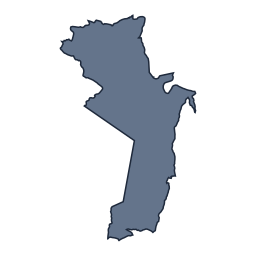 San Lorenzo Victoria, Oaxaca, Mexico
{"feature_id": "50627088B509896557261", "entity_name": "San Lorenzo Victoria", "entity_type": "district", "adm_level": 2, "iso_a3": "MEX", "parent_name": "Mexico", "parent_adm1": "Oaxaca", "projection": "natural_earth1", "projection_center": [-98.123, 17.625], "detail": "fine", "context": "isolated", "style": "filled", "palette": "slate", "viewbox_px": 256, "rotation_deg": 0, "n_neighbors": 0, "source": "geoboundaries", "source_scale": "gbopen_adm2", "svg_char_len": 5723}
<svg xmlns="http://www.w3.org/2000/svg" viewBox="0 0 256 256"><path d="M132.8,15.4L131.6,16.1L131.1,17.0L130.0,17.0L129.8,17.1L129.3,17.9L128.4,17.7L127.7,18.5L124.4,18.9L122.1,19.6L119.7,20.8L118.7,21.7L116.9,22.9L115.5,23.3L114.2,23.6L113.5,24.3L112.9,25.1L112.9,25.5L112.4,25.7L112.0,25.8L111.8,25.6L111.5,25.1L111.2,24.9L110.5,24.8L110.1,24.5L109.5,24.5L107.9,24.1L106.5,23.9L106.0,23.8L105.6,23.9L105.2,23.9L104.8,23.7L103.6,24.4L102.2,23.6L101.8,23.2L101.7,22.4L101.3,22.2L100.7,21.3L100.0,21.3L99.6,21.0L98.8,20.9L97.8,20.5L96.8,20.5L96.4,20.2L96.1,20.3L95.8,20.6L95.0,21.6L94.8,22.3L93.9,22.7L90.9,21.5L88.2,20.7L88.9,22.1L89.3,22.6L89.5,23.2L89.3,24.1L89.1,24.7L88.3,25.1L87.4,25.3L85.9,25.3L84.8,25.9L84.6,26.3L83.2,27.4L82.4,27.4L81.1,27.2L80.6,26.8L78.5,27.3L74.5,26.7L72.4,26.5L70.8,27.0L70.5,28.4L70.7,29.7L71.4,30.6L72.8,31.7L73.4,32.3L73.7,33.2L73.6,34.4L73.0,37.0L72.8,37.6L72.5,38.9L72.2,39.8L71.4,40.9L69.4,40.0L68.9,39.2L67.6,39.8L66.6,39.7L65.3,40.8L64.2,40.5L63.7,41.4L62.6,41.6L61.8,41.5L62.8,42.8L63.1,44.0L62.2,45.5L61.6,47.0L60.5,47.9L60.4,48.7L61.3,49.9L61.9,50.2L62.5,51.1L64.3,53.0L65.6,53.5L67.7,54.7L71.1,55.9L71.5,56.0L72.4,56.0L73.0,55.8L73.6,56.1L74.1,57.3L75.0,59.0L75.7,59.7L77.3,59.8L78.6,60.7L79.2,60.4L79.8,60.7L80.4,61.2L80.7,61.8L80.8,63.3L80.6,64.5L81.1,65.9L81.9,67.1L82.6,67.6L83.2,68.5L83.7,69.9L83.8,71.5L83.5,73.2L83.0,75.3L83.2,75.9L83.7,76.3L84.4,76.5L85.0,77.1L85.6,77.6L86.4,77.8L88.0,77.7L88.9,78.3L91.3,79.3L93.2,80.2L97.3,83.0L98.1,83.9L100.0,85.3L101.3,86.3L101.9,86.8L102.5,87.7L102.6,88.5L102.5,89.2L100.5,91.7L99.3,93.1L98.3,93.8L97.4,94.0L96.6,94.1L95.8,94.4L95.0,94.9L94.6,95.4L95.1,96.2L94.5,97.3L93.7,98.0L92.2,98.0L91.0,97.7L89.7,98.0L89.2,99.0L89.1,99.8L88.7,100.4L86.7,101.2L86.2,101.7L86.2,102.7L86.4,104.0L86.2,104.9L85.6,105.5L84.9,105.4L84.3,106.0L134.4,140.6L123.2,201.7L112.1,206.7L111.1,208.2L111.1,209.9L111.0,210.8L110.6,211.6L111.1,213.1L111.4,213.8L111.5,214.4L111.5,215.3L111.2,216.3L111.3,217.1L111.7,217.8L111.7,218.1L111.4,220.0L111.6,221.3L111.9,222.2L112.0,222.8L111.8,223.3L111.3,223.6L110.7,223.9L110.2,223.9L109.5,224.4L109.3,225.4L109.5,226.2L109.5,226.9L108.4,228.9L108.3,229.8L108.3,231.0L108.5,232.1L108.3,233.5L108.0,235.8L107.8,238.7L108.1,238.6L108.4,238.0L109.3,237.4L110.4,237.1L112.6,237.6L113.6,237.7L115.3,238.0L118.1,238.9L118.7,240.2L119.0,240.5L120.5,239.4L121.0,239.1L121.4,239.0L122.4,238.4L124.0,237.8L127.1,236.2L128.3,235.7L129.2,235.6L129.9,235.8L130.9,235.7L131.6,235.3L132.8,235.0L131.7,232.7L130.9,232.1L129.4,231.2L127.4,230.3L127.1,229.9L126.5,229.6L127.1,229.2L128.5,229.0L129.6,229.4L131.7,229.8L132.5,229.6L133.0,229.3L134.5,229.5L136.1,229.3L137.2,230.3L137.8,230.3L138.4,230.1L139.4,230.8L140.3,231.1L141.8,230.7L142.9,230.0L144.4,229.6L145.9,229.0L147.4,229.2L148.8,229.8L150.9,230.8L151.7,231.3L152.9,232.4L154.1,231.3L155.2,230.7L155.4,230.0L155.7,227.7L155.9,227.0L155.9,226.5L156.3,225.6L156.6,224.5L156.9,223.9L157.1,222.9L157.5,222.1L158.6,221.5L159.0,219.0L159.2,217.6L158.6,216.4L158.5,215.2L158.9,214.0L159.9,212.8L160.9,211.9L161.6,210.8L163.0,208.7L163.2,207.7L163.4,206.4L163.8,205.5L164.3,203.9L164.5,202.0L164.5,200.7L164.8,200.2L165.5,199.8L166.1,198.8L166.4,196.8L167.1,195.9L167.4,194.5L168.3,191.9L168.4,190.8L169.3,188.5L169.2,186.1L168.7,184.9L168.8,184.2L168.8,183.3L168.1,182.9L167.5,182.8L166.9,183.4L166.5,182.7L166.7,181.0L167.2,180.4L167.6,179.4L167.6,179.0L168.6,177.5L169.1,177.9L169.6,178.1L171.2,178.3L171.6,177.0L171.1,176.7L171.4,176.3L172.3,176.2L173.0,176.0L173.7,176.1L174.4,175.9L175.4,176.0L174.6,172.2L174.4,170.7L174.4,170.0L174.8,168.2L174.4,166.3L174.0,165.6L174.0,165.0L174.4,164.3L174.7,163.4L174.6,162.4L174.9,159.3L174.9,156.7L174.1,153.4L173.0,151.7L172.8,151.2L172.8,150.7L171.9,149.2L172.0,148.1L172.5,145.7L172.5,144.8L172.3,143.8L172.4,143.3L172.9,142.5L173.9,140.4L174.9,138.8L174.9,136.2L175.0,134.3L174.7,132.1L174.3,128.0L174.5,127.1L175.1,126.5L175.9,126.0L176.6,124.6L177.5,122.3L178.6,120.5L178.6,118.7L179.3,117.2L179.5,115.9L179.2,114.5L179.3,113.6L179.7,112.8L179.8,112.0L180.2,110.6L180.9,109.2L181.5,106.5L182.0,105.6L183.3,104.2L184.3,103.5L184.9,103.0L185.5,102.3L185.5,100.8L185.7,100.0L186.0,99.3L187.0,98.4L188.0,97.4L189.3,99.4L189.6,100.5L189.4,102.8L190.3,105.3L191.0,105.3L191.7,105.7L192.5,107.3L193.2,107.9L193.5,108.4L194.0,109.2L194.3,110.2L194.7,112.2L195.1,112.5L195.6,110.5L195.2,109.5L195.0,108.6L195.0,107.7L195.1,106.6L194.8,104.9L193.5,101.5L193.9,100.5L193.7,99.5L193.4,98.5L192.5,97.9L192.2,96.6L192.3,95.9L193.0,95.5L193.9,94.8L194.6,94.5L195.6,93.3L194.8,91.4L193.2,91.4L192.3,91.2L190.8,90.6L189.2,90.4L187.0,89.8L183.9,88.6L183.1,88.4L182.1,87.9L180.6,87.2L178.8,86.4L177.2,85.3L175.5,85.1L174.0,85.5L173.0,86.0L172.0,87.4L171.8,88.4L171.4,88.8L170.8,89.9L170.3,90.5L168.5,93.2L167.8,93.4L166.3,93.1L165.0,92.1L163.5,89.0L163.2,87.6L163.3,85.5L163.8,84.5L164.0,83.8L164.9,82.9L166.1,82.4L170.7,81.0L171.7,80.5L172.4,79.9L172.9,79.0L173.1,77.8L173.1,76.6L172.4,75.2L173.4,72.9L159.9,75.8L159.4,76.3L158.4,78.1L156.7,78.8L155.4,78.8L153.6,78.0L153.6,77.1L153.0,77.3L149.3,72.4L148.7,61.7L148.2,58.6L147.6,57.7L147.1,57.1L146.1,55.3L145.4,54.5L145.0,54.0L144.7,53.5L144.4,52.5L144.4,52.2L144.6,51.2L144.7,50.2L144.7,49.4L144.1,47.4L143.3,45.9L143.1,45.7L142.9,45.0L142.9,44.0L142.7,43.4L141.7,42.0L141.5,40.8L141.4,39.3L141.2,37.9L140.5,37.8L140.0,37.8L139.0,38.0L138.5,37.9L139.9,36.5L142.2,30.9L142.1,29.4L142.1,28.2L142.7,26.6L143.8,25.3L144.1,23.7L144.6,22.1L145.0,18.9L144.8,18.0L144.3,17.4L143.6,17.0L142.8,16.7L142.0,16.6L141.6,16.7L140.7,16.7L140.0,16.8L138.2,17.5L137.7,18.0L137.4,18.6L136.8,19.0L134.1,19.3L132.9,18.8L132.8,17.8L132.9,16.3L132.8,15.4Z" fill="#64748b" stroke="#1e293b" stroke-width="1.5"/></svg>